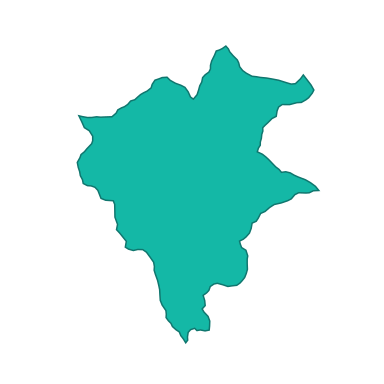 the district of Macedônia, São Paulo, Brazil, rotated 100°
{"feature_id": "56859067B48877061446759", "entity_name": "Macedônia", "entity_type": "district", "adm_level": 2, "iso_a3": "BRA", "parent_name": "Brazil", "parent_adm1": "São Paulo", "projection": "mercator", "projection_center": [-50.18, -20.097], "detail": "fine", "context": "isolated", "style": "filled", "palette": "teal", "viewbox_px": 384, "rotation_deg": 100, "n_neighbors": 0, "source": "geoboundaries", "source_scale": "gbopen_adm2", "svg_char_len": 2734}
<svg xmlns="http://www.w3.org/2000/svg" viewBox="0 0 384 384"><g transform="rotate(100 192 192)"><path d="M252.5,125.3L248.4,126.0L245.3,126.0L240.0,128.8L238.1,133.5L235.1,135.3L232.1,136.7L229.6,133.3L226.9,131.0L222.5,128.3L217.6,127.4L212.2,127.4L209.7,123.7L206.2,122.2L201.2,120.7L198.5,116.7L193.7,112.8L190.0,108.8L187.3,102.3L184.0,96.3L181.5,93.0L176.8,90.3L174.2,86.8L173.2,79.6L172.4,76.4L169.7,72.7L168.5,67.4L165.0,71.4L162.3,76.8L160.3,82.3L158.8,90.0L157.7,94.3L156.1,98.6L155.8,103.2L157.1,107.3L154.6,110.3L152.7,114.0L150.0,117.7L146.9,121.9L144.7,125.3L142.6,129.2L141.1,134.7L137.2,134.2L134.1,132.9L130.9,133.4L127.2,133.0L123.1,133.3L119.7,132.8L116.4,133.5L113.7,131.7L110.7,129.4L105.8,126.0L102.9,122.2L97.4,122.3L93.3,121.5L90.2,118.4L89.0,111.1L85.8,104.2L84.8,99.9L81.4,95.8L78.9,93.5L73.7,90.7L70.4,89.7L65.9,93.4L57.4,102.7L61.7,104.8L67.4,109.0L68.5,113.1L68.0,117.6L66.9,126.0L66.8,132.2L66.8,138.2L67.3,144.6L67.3,148.7L67.6,153.0L65.6,159.1L63.6,163.2L60.4,166.8L56.8,168.4L54.1,170.3L50.5,175.4L47.4,179.2L44.8,181.0L42.4,184.0L45.5,187.1L47.4,189.7L48.9,192.6L53.5,193.6L59.6,195.4L64.0,195.8L67.6,195.2L71.0,196.2L74.3,199.4L77.5,201.4L82.1,201.5L86.0,202.8L90.4,203.2L95.3,203.9L100.3,206.8L98.7,210.0L94.0,213.2L90.2,217.1L88.8,221.5L87.8,227.2L85.8,232.9L83.3,236.5L84.5,241.3L86.3,244.2L88.3,247.9L92.9,249.9L96.5,250.3L100.4,253.7L102.7,256.9L105.0,259.6L108.1,262.1L111.1,264.4L113.0,268.2L116.9,270.5L119.7,273.3L121.4,276.1L124.0,279.3L127.5,280.4L131.8,283.9L133.4,291.5L134.2,295.0L134.5,299.0L136.0,303.6L136.8,307.8L136.8,313.1L136.6,316.6L142.5,312.4L147.3,309.2L149.5,303.8L154.3,299.5L158.8,298.7L161.9,299.2L167.8,303.1L171.0,304.9L174.4,307.8L177.6,308.3L182.8,310.1L187.5,308.3L191.4,306.2L195.3,304.8L198.9,302.0L202.5,300.6L203.9,296.1L203.5,292.4L204.2,288.4L206.7,285.0L214.1,280.5L215.1,275.6L214.3,268.0L217.6,266.0L221.5,265.2L230.2,263.5L236.8,259.7L242.2,259.8L244.9,256.2L252.0,248.1L257.9,248.1L259.3,244.6L259.8,239.6L258.0,235.4L257.3,230.5L259.2,226.4L263.6,221.8L267.8,217.6L271.9,216.1L275.6,215.7L279.5,213.7L285.1,210.5L290.0,208.4L293.8,206.9L299.4,205.6L304.3,204.4L308.6,201.7L313.3,197.1L316.8,196.1L320.2,195.7L322.9,192.9L325.0,189.9L327.9,187.9L330.5,183.7L332.0,180.2L335.4,178.1L338.1,175.1L341.6,172.0L338.7,170.5L335.5,171.3L330.9,171.4L327.8,169.5L325.8,165.7L327.6,163.1L326.4,159.8L326.5,155.0L325.0,151.1L321.0,151.4L316.0,152.1L311.7,154.6L308.2,159.3L305.4,161.7L301.6,159.3L296.8,160.6L291.8,163.1L288.8,160.1L286.0,158.3L281.9,157.6L278.8,154.4L277.5,151.2L278.0,145.5L278.8,140.3L277.5,136.4L276.1,131.7L273.3,128.9L270.6,127.2L267.1,125.3L262.8,124.4L258.5,124.0L252.5,125.3Z" fill="#14b8a6" stroke="#0f766e" stroke-width="1.5"/></g></svg>